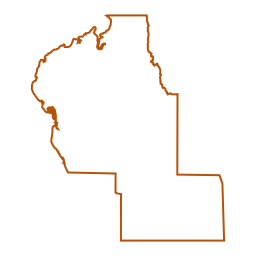 Port Pirie, South Australia, Australia
{"feature_id": "25037944B53650156153507", "entity_name": "Port Pirie", "entity_type": "district", "adm_level": 2, "iso_a3": "AUS", "parent_name": "Australia", "parent_adm1": "South Australia", "projection": "equal_earth", "projection_center": [137.965, -33.365], "detail": "fine", "context": "isolated", "style": "outline", "palette": "amber", "viewbox_px": 256, "rotation_deg": 0, "n_neighbors": 0, "source": "geoboundaries", "source_scale": "gbopen_adm2", "svg_char_len": 5481}
<svg xmlns="http://www.w3.org/2000/svg" viewBox="0 0 256 256"><path d="M120.9,240.6L224.1,240.6L222.4,183.5L219.5,175.2L177.3,174.6L177.5,94.1L175.7,94.3L171.7,94.3L170.6,93.3L168.4,94.1L168.5,93.8L168.1,93.6L167.0,93.4L166.8,93.0L167.0,92.1L166.5,91.8L166.2,91.0L165.7,90.8L165.2,88.5L163.8,87.5L163.1,88.0L162.6,87.6L162.1,85.9L162.3,84.6L160.6,83.7L160.9,83.0L160.3,81.7L160.7,81.0L160.3,80.3L160.4,79.8L160.0,77.0L161.0,75.2L161.0,74.7L160.0,74.1L160.3,72.7L160.3,70.9L160.2,69.4L159.5,68.1L159.4,67.6L159.0,67.3L158.8,66.6L158.0,65.9L157.3,63.8L156.3,64.0L155.9,64.8L154.3,65.6L153.8,64.6L153.2,64.3L153.4,63.0L151.2,62.1L151.0,61.8L151.1,61.2L151.8,60.6L152.2,60.3L152.6,60.6L152.9,60.3L152.7,60.0L153.0,58.9L152.8,58.1L153.1,56.9L152.5,56.2L151.5,56.5L151.4,56.1L151.0,55.9L151.3,54.9L150.8,53.4L151.0,53.3L150.1,52.8L149.5,51.8L148.6,51.8L148.3,50.5L147.9,49.6L147.9,47.3L147.7,46.8L147.9,45.6L147.7,44.1L147.9,43.0L148.4,42.0L147.8,40.0L148.1,39.3L148.2,36.7L148.6,35.5L148.6,33.6L148.4,33.2L148.3,31.9L147.7,31.0L147.7,30.4L148.0,29.6L147.7,28.0L148.0,26.8L148.7,25.9L148.5,25.2L148.1,24.9L148.3,24.3L147.9,23.9L147.7,22.5L146.9,21.0L147.1,18.2L146.6,16.4L146.9,15.9L146.6,15.4L107.6,15.4L106.4,15.7L109.0,17.5L109.5,18.6L110.5,19.0L110.8,19.5L111.1,21.5L110.7,23.4L110.7,24.4L110.5,25.5L109.8,26.3L109.6,27.7L108.9,29.2L107.9,30.2L106.5,30.7L106.4,31.3L106.1,31.3L105.9,31.8L104.9,32.7L103.3,33.0L103.1,33.6L101.2,33.8L100.1,34.8L100.0,35.7L100.5,35.8L101.5,36.7L102.4,36.9L102.5,37.4L101.4,37.5L99.3,39.3L99.1,40.2L99.3,40.5L99.3,41.4L99.1,40.9L99.0,42.4L98.7,44.0L98.1,45.3L98.3,46.1L97.8,47.0L97.9,47.4L98.3,47.7L98.1,47.0L98.3,46.8L99.6,48.1L100.3,48.0L100.8,47.5L101.5,45.5L102.3,44.3L103.7,43.7L105.1,43.7L105.1,44.3L103.9,44.4L103.2,45.3L103.1,45.8L102.4,47.1L102.4,47.7L101.6,48.6L101.2,48.7L101.2,49.0L99.7,49.3L98.6,49.1L97.6,48.1L97.2,47.3L97.1,46.8L97.9,43.1L98.0,41.6L97.7,41.4L97.8,40.4L97.4,40.3L97.6,36.8L96.0,34.8L95.3,34.6L95.1,33.9L94.2,33.3L93.8,32.7L94.6,31.3L94.5,30.7L94.8,30.0L95.6,29.7L95.6,28.1L95.6,27.7L95.0,27.1L93.6,27.3L91.3,30.1L90.1,31.2L89.3,32.6L87.7,32.9L86.9,33.3L85.8,33.2L85.6,33.6L85.6,34.3L85.1,33.9L84.8,34.0L83.9,34.8L83.2,36.2L82.5,36.5L81.9,36.7L79.9,36.7L78.5,37.3L78.4,37.9L79.0,38.7L79.9,40.7L80.1,40.7L81.5,39.8L81.0,40.5L80.0,41.1L79.8,42.9L79.1,43.1L79.5,42.8L79.7,42.2L78.8,42.5L79.5,41.7L79.0,41.2L78.8,41.9L78.1,42.3L78.4,41.5L78.3,40.9L77.4,39.8L76.1,39.1L75.2,39.3L73.8,38.8L73.0,39.9L72.4,42.1L71.3,44.4L70.3,45.9L69.1,46.7L67.9,47.1L64.7,47.0L64.4,46.1L64.7,45.4L64.6,44.8L64.3,44.5L63.4,44.5L62.6,45.5L61.2,45.7L59.6,46.6L58.6,48.3L57.5,48.9L57.0,48.9L56.3,49.5L54.3,49.6L52.7,50.6L50.8,52.4L49.3,53.3L48.4,53.3L48.4,53.9L47.7,54.6L45.8,55.5L45.2,56.2L44.7,57.9L44.7,58.7L45.0,59.3L45.5,59.1L45.3,60.2L45.8,60.2L45.4,60.4L45.5,61.0L43.6,62.0L43.4,61.6L43.4,60.5L42.9,59.9L40.7,60.0L40.4,61.1L39.6,62.1L39.3,64.2L39.4,65.0L38.8,65.5L39.0,66.1L38.4,67.4L37.3,68.6L36.9,71.4L36.4,72.9L35.9,73.6L35.3,76.2L35.4,76.7L36.5,77.0L37.0,77.8L36.2,78.9L36.1,80.0L35.3,80.9L34.7,81.2L34.9,80.9L34.6,80.9L33.1,82.1L32.5,83.2L32.0,85.4L31.9,89.0L32.1,89.9L34.0,94.2L34.9,95.1L37.4,98.8L39.7,101.1L40.4,101.3L39.9,101.0L40.2,100.9L41.3,101.6L42.3,103.5L42.6,103.5L42.7,103.2L42.0,102.3L42.9,102.0L42.1,101.6L42.2,102.0L41.7,101.7L41.7,101.4L42.2,101.2L41.2,100.3L42.0,100.6L43.0,102.0L43.5,103.1L43.4,103.8L42.9,104.0L42.5,104.8L42.2,107.1L42.5,107.9L43.9,109.3L45.2,111.3L46.7,112.4L47.3,112.3L48.4,112.5L48.2,112.3L48.3,112.1L47.4,111.7L49.6,112.3L49.6,111.8L48.1,111.4L48.3,111.1L47.6,111.2L48.4,110.8L48.2,110.5L49.0,110.5L49.3,110.7L49.9,111.9L49.8,112.5L51.2,113.3L52.2,113.1L51.6,112.9L52.0,112.6L50.6,112.2L50.0,111.6L49.4,110.1L50.2,110.4L50.3,109.7L47.5,109.0L47.6,108.4L48.2,108.2L48.3,107.8L49.0,107.5L49.1,108.4L49.4,108.8L49.2,107.9L49.7,107.5L51.5,108.7L51.7,109.5L50.4,109.6L51.4,110.1L51.5,110.9L52.5,112.3L52.6,113.2L52.8,113.2L52.9,112.7L53.9,112.9L53.9,112.6L53.2,112.3L54.0,112.1L53.6,111.9L53.5,111.6L52.8,111.7L52.4,111.4L52.5,110.6L53.0,109.8L52.8,109.6L52.6,109.9L52.2,108.8L52.3,108.1L51.2,107.7L51.3,107.4L52.4,106.9L53.3,107.8L54.8,110.0L55.1,111.3L55.3,113.8L55.8,115.4L56.0,116.7L55.8,117.5L55.9,120.8L55.9,121.0L55.6,120.7L55.5,121.3L56.0,121.8L56.2,122.5L55.6,122.6L56.1,122.9L57.3,122.8L58.0,123.3L57.3,122.9L56.3,123.0L56.8,123.2L57.0,124.0L56.8,124.7L56.9,125.3L56.5,125.8L56.2,125.7L56.1,125.4L56.6,124.0L56.3,124.0L55.8,124.6L56.0,124.2L56.0,123.2L55.6,123.6L55.3,124.9L56.4,126.9L56.6,127.8L57.3,128.3L57.3,127.7L57.9,128.8L57.3,128.5L57.2,128.7L56.4,128.0L56.3,127.0L55.8,126.0L55.4,125.6L54.5,125.6L53.8,126.1L53.4,127.1L53.7,126.2L53.2,126.4L52.9,126.9L52.5,128.1L52.4,133.3L51.7,137.7L51.4,139.1L51.3,141.7L52.2,144.0L53.6,146.3L55.0,148.1L56.3,149.1L58.5,152.8L58.2,152.2L58.4,152.0L58.7,153.4L59.3,154.5L58.8,153.3L58.8,153.1L60.0,155.0L60.1,155.3L59.6,154.7L60.5,156.5L61.1,156.9L62.5,159.0L62.9,159.0L62.7,158.5L63.0,158.5L62.2,156.9L63.0,157.9L63.9,159.8L63.9,161.0L64.3,162.3L63.9,162.1L64.1,162.8L63.7,163.0L64.2,163.2L64.4,164.1L64.7,164.2L64.6,164.9L65.3,166.9L66.7,169.6L67.0,170.9L67.7,171.7L68.0,172.5L115.6,173.5L115.5,192.6L116.9,193.3L121.0,194.1L120.9,240.6ZM54.1,114.9L54.4,114.7L53.5,114.6L53.1,115.2L52.8,116.5L52.9,117.6L53.4,118.6L54.1,119.2L55.0,119.5L55.1,119.2L54.7,119.0L54.5,118.6L54.6,118.1L53.9,117.4L53.6,116.6L54.1,114.9ZM52.4,113.7L52.8,114.1L52.8,114.5L53.3,114.4L52.6,113.8L52.6,113.3L52.4,113.7Z" fill="none" stroke="#b45309" stroke-width="2"/></svg>